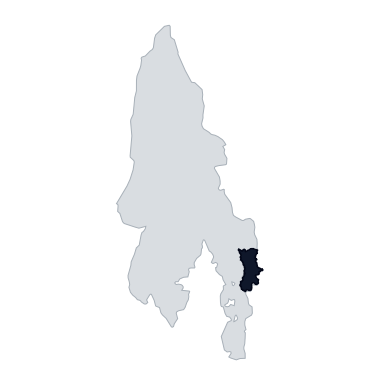 Chong-Alay, Osh, Kyrgyzstan (highlighted), rotated 273°
{"feature_id": "92254566B65536554507768", "entity_name": "Chong-Alay", "entity_type": "district", "adm_level": 2, "iso_a3": "KGZ", "parent_name": "Kyrgyzstan", "parent_adm1": "Osh", "projection": "robinson", "projection_center": [72.267, 39.516], "detail": "fine", "context": "in_parent", "style": "filled", "palette": "ink", "viewbox_px": 384, "rotation_deg": 273, "n_neighbors": 0, "source": "geoboundaries", "source_scale": "gbopen_adm2", "svg_char_len": 8626}
<svg xmlns="http://www.w3.org/2000/svg" viewBox="0 0 384 384"><g transform="rotate(273 192 192)"><path d="M79.2,227.4L80.2,226.8L83.3,226.2L89.6,225.7L91.8,226.1L96.2,228.5L99.5,228.2L100.1,228.6L101.3,230.6L106.0,227.6L109.3,226.7L111.0,223.7L114.6,220.1L117.7,219.5L117.7,220.1L118.3,220.6L121.4,221.4L122.4,220.5L122.9,219.2L121.8,217.1L121.8,216.2L122.8,215.0L127.8,216.9L128.9,216.9L131.1,215.8L133.2,213.8L134.0,212.3L144.2,207.3L144.9,206.4L144.7,205.8L140.5,204.6L138.5,205.2L136.8,205.3L135.7,204.5L130.5,204.2L129.3,203.7L125.9,200.1L121.6,197.9L119.5,198.0L117.1,198.9L116.3,198.5L116.1,195.1L115.6,193.1L114.1,192.6L112.3,193.4L107.0,192.3L106.4,188.0L104.5,184.3L101.7,182.8L101.6,180.5L100.6,179.6L99.8,179.8L98.8,181.0L99.3,183.5L98.9,186.0L98.2,187.2L97.0,188.1L95.7,188.2L93.3,186.9L92.9,194.5L92.4,194.9L89.6,193.9L87.3,194.3L84.0,193.9L81.4,192.6L76.5,191.2L74.1,189.8L72.7,184.8L71.4,182.9L70.1,182.6L64.8,184.3L59.4,181.2L56.7,180.6L56.0,179.6L56.2,178.5L64.4,172.8L67.7,168.9L69.7,167.3L74.9,165.6L76.1,162.0L76.5,161.6L81.8,159.9L87.7,156.8L87.8,155.9L87.2,155.2L81.9,152.3L79.3,153.6L77.7,151.9L77.7,150.2L79.5,147.3L81.0,145.9L81.6,143.1L83.7,141.2L85.9,138.2L88.6,135.8L93.5,134.0L96.3,134.6L98.9,134.1L102.9,132.7L105.3,132.5L115.6,134.8L119.0,134.9L126.9,137.8L133.2,139.3L136.2,142.1L146.3,143.4L149.0,144.2L150.0,145.6L152.9,147.3L155.3,147.7L153.1,140.9L154.0,136.9L157.0,125.9L158.7,124.2L166.8,121.1L168.7,118.8L174.5,118.9L175.7,118.5L176.4,117.2L194.6,126.8L201.4,129.5L211.0,132.0L219.0,132.8L220.4,132.2L223.5,128.5L225.0,128.3L244.9,129.0L259.1,127.0L261.2,127.1L266.5,129.2L283.4,129.9L290.0,131.2L300.5,130.7L304.9,131.0L313.0,133.7L315.8,134.3L321.0,134.7L323.0,134.2L324.1,134.9L325.4,138.3L330.4,142.6L332.3,145.0L334.2,145.9L343.6,146.6L347.1,147.6L356.0,155.8L357.3,160.5L356.4,161.5L347.3,162.2L345.2,162.9L343.1,166.4L330.9,170.8L329.1,170.7L312.9,178.9L301.6,185.8L301.3,189.1L294.8,196.7L289.8,197.6L285.5,197.4L278.6,199.7L269.6,198.9L266.5,199.1L260.6,198.0L258.3,198.6L255.8,200.1L252.4,206.1L251.0,207.6L250.4,208.9L249.9,211.9L248.7,215.0L245.8,219.7L243.3,221.9L241.0,223.3L239.1,220.4L236.1,222.4L233.2,222.0L231.5,222.5L227.5,225.1L221.7,225.0L221.0,224.1L219.7,217.2L218.7,214.0L217.8,213.2L216.8,213.1L208.4,218.6L204.5,219.5L201.3,219.7L197.1,218.1L196.2,218.5L195.4,219.3L195.2,220.5L196.4,223.5L196.1,224.1L194.2,224.1L191.5,224.8L183.5,231.2L178.4,232.8L173.7,233.5L170.8,234.6L169.3,237.0L166.2,243.6L166.3,245.0L167.6,246.8L168.6,250.8L168.4,251.8L165.9,255.1L162.6,256.1L160.1,256.6L155.2,256.2L152.7,256.8L148.1,259.3L144.2,259.8L137.1,259.9L130.0,258.9L127.7,259.3L121.5,260.7L119.3,263.1L118.2,265.2L117.6,265.5L115.1,263.6L111.9,260.2L110.3,260.2L104.7,263.0L103.9,262.9L102.3,261.9L102.5,257.6L100.7,256.7L96.9,256.4L95.6,255.5L96.0,252.7L95.6,251.7L94.6,250.9L92.6,251.1L88.6,253.4L83.9,254.2L82.3,254.9L80.4,258.0L74.2,258.6L72.2,257.9L68.4,252.3L65.2,251.5L61.9,251.7L57.4,253.1L56.4,251.9L55.2,251.6L54.2,252.6L48.7,252.7L43.1,252.6L39.9,251.9L37.9,252.0L33.7,253.5L28.7,253.8L28.2,248.6L26.7,245.0L28.3,239.2L29.2,237.4L32.9,239.5L34.3,239.2L34.6,238.0L34.1,235.4L36.0,232.6L49.2,228.8L63.8,234.4L65.7,238.0L67.0,237.9L69.0,236.2L69.7,233.1L72.5,231.4L78.8,229.3L79.2,227.4ZM86.6,240.2L86.9,239.6L85.8,236.9L87.3,234.4L84.3,234.0L82.8,233.3L81.1,230.7L80.6,230.6L79.7,231.3L79.2,233.0L79.6,234.8L81.7,236.5L80.7,240.1L85.1,240.5L86.6,240.2ZM71.3,242.7L71.2,241.9L70.2,241.5L64.7,240.5L64.9,241.3L67.0,243.9L68.6,244.1L71.3,242.7ZM104.0,238.0L104.3,236.4L101.0,237.4L100.6,238.2L101.7,239.2L103.1,239.6L104.0,238.0Z" fill="#d9dde1" stroke="#a8b0b8" stroke-width="1"/><path d="M96.6,247.9L96.6,248.0L96.6,248.4L96.4,248.6L96.1,248.8L96.1,249.2L96.3,249.5L96.1,249.6L95.9,249.9L95.9,250.0L95.6,250.2L95.4,250.2L95.4,250.4L95.5,250.5L95.9,250.6L96.0,250.6L96.2,250.9L96.2,251.0L96.4,251.1L96.6,251.0L96.8,251.0L97.0,251.3L97.1,251.5L97.3,251.7L97.4,251.8L97.3,252.0L97.3,252.6L97.2,253.0L96.9,253.5L96.8,254.0L96.8,254.5L97.0,255.7L97.3,256.2L97.4,256.3L97.9,256.3L98.1,256.4L98.3,256.6L98.5,256.6L98.6,256.4L98.8,256.2L99.1,256.1L99.3,256.6L99.5,256.7L101.7,256.3L102.4,256.4L103.0,256.3L103.4,256.3L104.1,256.8L104.5,257.4L104.7,258.3L104.5,259.1L104.4,259.3L103.7,259.6L103.2,260.2L103.1,261.2L103.3,261.7L103.9,262.6L104.2,262.9L104.6,263.1L105.1,263.0L105.6,262.8L105.9,262.7L106.9,262.8L107.6,263.0L107.9,263.0L108.1,262.8L108.5,262.1L108.9,261.4L109.3,261.0L109.7,260.8L110.5,260.3L111.0,260.2L111.7,259.6L111.9,259.7L112.1,259.9L112.4,260.2L112.6,261.3L112.9,261.7L112.9,261.9L113.0,262.1L113.0,262.3L113.1,262.6L113.3,262.7L113.2,262.8L113.3,262.9L113.5,263.1L113.8,263.4L114.1,263.2L114.7,263.2L114.8,263.1L115.3,263.1L115.5,263.3L115.9,263.2L116.1,263.5L116.1,263.8L116.1,264.2L116.2,264.3L116.5,264.2L116.7,264.3L117.0,264.6L116.9,264.9L117.1,265.2L117.2,265.7L117.2,266.1L117.2,266.4L117.5,266.7L117.8,266.8L118.0,266.8L118.5,266.3L118.8,266.2L118.6,265.8L118.6,265.3L118.8,265.1L118.8,264.9L119.0,264.8L119.2,264.4L119.2,264.2L119.3,263.9L119.4,263.6L119.5,263.4L119.7,263.0L119.8,262.7L119.7,262.5L119.7,262.4L120.0,262.2L120.2,261.7L120.6,261.5L120.7,261.3L120.8,261.2L121.0,260.9L121.5,260.9L122.1,261.0L122.3,260.9L122.5,260.8L122.8,260.6L123.2,260.5L123.4,260.6L123.5,260.5L123.8,260.5L123.9,260.4L124.4,260.3L124.6,260.3L124.7,260.0L124.8,260.0L124.8,259.9L125.0,259.8L125.0,259.6L125.1,259.3L125.6,259.1L125.8,259.3L126.2,259.2L126.5,259.1L127.1,259.1L127.3,259.2L127.3,259.4L127.4,259.6L127.6,260.0L127.8,260.2L128.1,259.9L128.4,259.9L128.6,259.7L128.8,259.7L128.9,259.1L129.1,259.0L129.2,258.8L129.2,258.7L129.3,258.6L129.4,258.4L129.6,258.5L129.8,258.6L130.2,258.6L130.4,258.7L130.6,258.6L130.9,258.8L131.5,258.6L131.8,258.6L132.0,258.9L132.4,259.0L132.5,259.1L132.8,259.3L133.1,259.3L133.4,259.4L133.9,259.7L134.3,259.8L134.4,260.1L134.3,260.4L134.6,260.4L134.8,260.2L135.0,260.1L135.3,260.0L135.3,259.8L135.6,259.7L135.7,259.8L135.9,259.8L136.1,260.0L136.3,260.2L136.6,260.2L136.9,260.4L137.1,260.3L137.3,260.4L137.5,260.0L137.7,259.9L137.5,259.6L137.6,259.3L138.2,257.1L138.4,256.7L138.3,256.4L138.6,256.3L138.5,255.6L138.6,255.1L138.5,254.3L138.4,253.5L138.1,253.1L137.4,252.5L136.8,251.4L136.8,251.0L136.3,250.4L135.3,248.9L135.3,248.5L136.8,248.3L137.3,247.7L137.5,247.3L137.4,246.9L137.2,246.4L137.1,246.2L136.9,246.0L136.4,245.8L136.0,245.7L135.8,245.4L135.6,245.1L136.5,243.5L136.8,243.0L136.9,242.4L137.3,242.0L137.5,241.7L137.4,241.6L137.2,241.6L137.0,241.4L136.9,241.4L136.8,241.6L136.5,241.8L136.3,241.9L136.1,241.9L135.9,241.7L135.4,242.4L134.4,242.5L134.1,242.6L133.8,242.6L133.6,242.8L133.2,243.1L133.3,243.2L133.4,243.4L133.3,243.6L133.2,243.7L132.9,243.7L132.7,243.8L132.4,243.8L131.5,244.3L131.3,244.4L131.2,244.4L131.0,244.2L130.9,244.2L130.7,244.1L130.4,244.0L130.1,243.8L129.6,243.6L129.4,243.6L129.3,243.8L129.1,243.8L129.0,244.0L128.8,244.1L128.8,244.3L128.5,244.4L128.5,244.5L128.1,244.5L127.6,244.1L127.4,244.2L127.1,244.2L126.7,244.1L126.6,244.6L126.4,245.0L126.2,244.9L125.8,245.4L125.7,245.4L125.6,245.6L125.3,246.0L125.0,245.9L124.8,246.0L124.4,246.4L124.4,246.6L124.1,246.7L124.0,246.8L123.8,246.7L123.7,246.6L123.4,246.8L123.2,246.9L123.1,247.0L122.7,247.2L122.4,246.9L122.1,247.0L121.9,247.3L121.6,247.3L121.4,247.6L121.5,247.8L121.3,247.9L121.2,248.0L120.9,248.3L120.6,248.1L120.4,248.1L120.2,248.2L119.8,248.1L119.6,248.3L119.4,248.4L119.2,248.6L119.2,248.8L118.9,248.8L118.3,248.9L118.1,248.7L117.9,248.5L117.7,248.6L117.3,248.7L116.9,248.5L116.6,248.5L116.6,248.4L116.2,248.2L116.0,248.3L115.9,248.1L115.5,248.2L115.2,248.4L114.9,248.4L114.7,248.3L114.5,248.5L114.3,248.7L114.2,248.9L113.9,248.9L113.4,249.3L113.2,249.2L113.1,248.8L113.0,248.7L112.9,248.4L112.6,248.6L112.4,248.4L112.2,248.5L112.2,248.8L111.5,248.6L110.6,248.3L110.8,248.1L110.6,247.8L110.4,247.9L109.9,247.7L109.6,247.8L109.5,247.7L109.4,247.6L109.1,247.5L109.1,247.1L108.8,247.2L108.7,247.1L108.6,247.3L108.2,247.3L107.8,247.2L107.5,247.4L107.0,247.6L106.8,247.5L106.8,247.3L106.5,247.2L106.4,247.0L106.0,246.8L105.7,246.8L105.6,246.7L105.2,246.5L105.1,246.1L105.3,246.0L105.4,245.8L105.3,245.7L105.1,245.5L105.1,245.3L104.9,245.2L104.7,245.4L104.6,245.5L104.3,245.5L104.2,245.3L103.5,245.5L103.1,245.4L102.8,245.5L102.7,245.3L102.3,245.3L102.3,245.1L102.1,245.1L101.7,245.0L101.6,244.7L101.4,244.7L101.3,244.8L101.3,245.0L100.8,245.1L100.8,245.3L100.7,245.6L100.4,245.6L100.3,245.8L100.2,246.1L99.9,246.2L99.7,246.0L99.5,246.3L99.1,246.2L98.9,246.2L98.5,246.4L98.1,246.3L97.8,246.5L97.5,246.6L97.4,246.6L97.4,247.0L97.3,247.3L97.1,247.6L96.9,247.9L96.6,247.9Z" fill="#0f172a" stroke="#020617" stroke-width="1.5"/></g></svg>